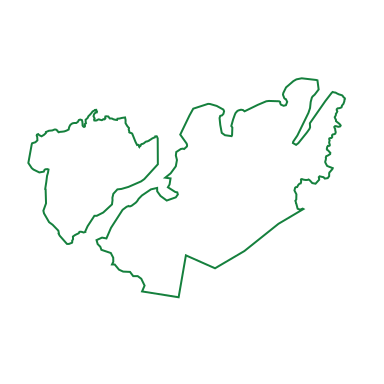 outline of Petersburg, Alaska, United States of America, rotated 85°
{"feature_id": "52423323B76828844452953", "entity_name": "Petersburg", "entity_type": "district", "adm_level": 2, "iso_a3": "USA", "parent_name": "United States of America", "parent_adm1": "Alaska", "projection": "mercator", "projection_center": [-133.171, 57.135], "detail": "fine", "context": "isolated", "style": "outline", "palette": "green", "viewbox_px": 384, "rotation_deg": 85, "n_neighbors": 0, "source": "geoboundaries", "source_scale": "gbopen_adm2", "svg_char_len": 5589}
<svg xmlns="http://www.w3.org/2000/svg" viewBox="0 0 384 384"><g transform="rotate(85 192 192)"><path d="M286.7,250.4L295.7,214.5L254.6,203.6L270.0,175.7L255.4,145.0L231.2,108.6L218.7,82.5L218.2,83.2L219.0,85.8L217.9,88.2L216.5,88.5L215.5,88.6L214.2,88.9L213.1,89.0L212.4,89.4L211.2,89.4L209.8,89.8L208.6,88.8L203.4,88.2L199.4,89.8L196.8,88.9L196.3,88.3L196.2,86.8L194.2,85.5L193.1,84.2L192.9,83.0L191.8,82.5L190.2,82.3L189.2,82.4L188.7,82.0L188.8,81.2L189.5,79.6L190.0,77.4L190.0,75.7L189.7,74.8L190.7,73.6L193.6,71.4L194.5,68.2L190.8,64.2L189.0,64.3L188.3,64.4L187.5,63.5L187.9,62.3L188.7,59.7L190.2,58.5L190.0,55.6L188.2,54.0L185.3,53.7L184.5,53.4L183.9,52.7L183.3,52.0L182.7,51.6L182.0,50.7L181.2,50.0L180.5,49.7L180.0,50.7L179.5,51.7L178.8,53.2L177.8,55.1L176.0,55.9L174.8,56.4L173.8,56.7L172.9,56.5L172.4,56.2L171.4,55.9L170.1,55.6L169.3,55.7L168.0,55.1L167.6,53.7L166.8,52.1L166.3,51.1L165.0,50.8L163.9,51.7L162.3,52.9L161.9,53.6L160.9,54.0L160.3,53.7L159.1,53.5L157.9,52.6L158.0,51.7L157.9,51.0L157.3,50.6L156.4,50.7L154.9,51.1L153.7,50.8L152.5,50.4L151.8,50.7L150.7,50.6L150.3,49.7L150.3,48.7L150.3,48.3L149.4,47.5L148.3,47.6L147.6,47.5L146.9,46.6L146.9,45.6L146.4,44.2L144.9,43.6L143.0,43.9L141.6,43.9L140.3,44.5L139.6,44.6L138.9,43.8L138.9,43.0L139.8,40.6L139.7,39.4L139.5,38.6L138.7,38.1L137.9,38.5L136.9,39.3L136.0,40.2L135.1,41.2L133.9,42.4L132.6,42.3L131.3,42.9L129.9,43.3L129.2,42.8L128.4,42.2L127.5,41.9L126.8,41.9L125.4,40.8L124.3,40.2L123.0,40.7L122.2,40.6L121.4,39.7L121.3,37.6L120.7,35.7L119.6,35.2L119.0,35.1L118.3,34.4L117.3,33.4L116.1,32.9L114.8,32.3L113.2,32.0L112.6,31.5L111.5,31.9L110.9,32.7L109.9,33.2L108.9,33.9L108.2,35.4L107.5,37.2L106.5,38.9L105.5,40.3L105.2,41.7L104.6,43.2L105.6,44.4L113.1,51.3L133.8,68.6L137.8,68.7L139.4,69.5L142.8,72.4L152.6,81.8L154.1,84.2L152.0,87.2L150.7,86.8L144.9,82.1L123.3,69.1L118.7,67.1L112.6,65.9L108.5,64.4L107.4,63.6L105.7,61.3L100.9,56.9L91.7,57.3L91.2,58.6L88.3,72.8L88.9,78.2L90.4,81.4L96.0,89.2L101.3,92.4L103.0,92.9L106.5,91.9L107.2,91.4L107.7,90.4L110.5,89.3L113.7,90.9L114.1,93.2L112.8,95.7L111.7,96.3L109.9,96.4L109.2,97.4L108.0,107.4L108.1,110.1L110.9,118.8L116.2,132.6L114.8,134.1L114.3,136.0L114.8,138.7L115.3,139.8L117.1,141.7L118.5,142.5L123.5,144.8L129.7,147.1L131.3,146.2L138.7,147.1L139.8,147.7L138.3,154.2L135.7,157.2L127.6,158.0L120.7,158.1L118.6,157.2L118.3,155.4L116.9,153.9L114.3,153.0L112.6,153.6L108.4,159.9L105.9,166.4L105.6,168.3L109.1,183.5L115.5,187.8L133.8,198.7L143.3,193.1L144.9,192.8L146.2,193.1L148.5,196.1L148.0,197.3L148.2,199.4L150.8,204.2L154.2,204.9L158.8,204.2L165.0,205.9L171.5,211.6L175.4,217.4L176.6,212.2L182.6,213.7L185.2,215.6L190.5,208.7L191.1,206.7L193.2,206.3L195.9,208.6L198.3,217.9L193.2,223.7L188.3,226.6L184.9,226.4L185.8,232.7L191.1,242.2L194.1,245.7L196.3,247.4L197.7,248.9L200.4,253.3L200.9,254.8L200.8,256.0L200.4,256.3L201.0,258.4L203.7,262.7L220.6,275.8L230.8,281.3L229.6,285.6L231.6,291.3L235.7,290.5L238.6,288.1L241.7,287.3L245.7,278.2L250.6,276.2L254.7,276.5L257.2,278.0L257.5,275.3L263.0,271.5L265.3,267.5L266.2,260.7L270.7,257.9L271.1,253.4L274.0,250.1L281.1,247.4L286.7,250.4ZM133.4,222.3L133.4,223.8L133.9,224.0L134.4,224.3L134.6,225.4L134.9,226.2L135.1,226.7L135.5,227.6L135.8,228.1L136.2,228.7L136.4,229.2L136.7,230.0L137.1,230.3L137.3,230.9L137.5,231.6L137.7,232.0L137.7,232.7L137.7,233.2L138.3,234.3L138.7,234.9L139.1,235.4L139.3,235.8L139.6,236.5L139.8,237.2L139.8,237.7L140.0,238.3L140.6,238.8L141.1,239.2L141.4,239.2L141.5,239.3L141.4,239.4L141.2,239.7L141.4,240.1L141.6,240.3L142.1,240.4L142.5,240.6L142.2,240.8L141.7,240.6L141.1,240.8L140.6,241.0L140.3,241.5L140.3,242.1L140.4,242.6L137.2,243.9L128.6,246.5L127.8,247.7L127.7,248.4L127.1,249.3L126.0,249.2L124.3,249.6L122.8,249.2L120.9,250.6L119.1,251.5L117.6,252.2L114.5,251.9L111.9,252.2L112.1,255.4L112.5,257.8L112.5,259.9L113.7,260.4L113.4,261.9L112.8,263.8L111.8,265.4L111.6,267.5L109.5,268.8L109.1,270.9L109.2,271.7L110.5,272.1L111.2,271.9L112.0,272.8L111.7,274.0L112.3,274.7L112.6,275.6L112.1,277.0L111.5,278.6L111.9,279.9L112.4,280.7L112.4,282.3L112.2,283.1L111.1,283.2L110.2,282.6L107.9,283.5L106.3,282.9L105.2,282.2L104.4,280.7L104.4,279.9L103.4,279.6L102.9,280.3L101.8,280.3L101.8,281.6L102.3,282.0L102.6,282.9L103.1,284.0L104.6,285.3L106.2,287.0L107.5,288.6L109.1,289.5L110.8,291.7L113.3,291.8L114.2,291.6L114.7,292.2L115.0,292.9L116.0,293.0L116.7,292.8L117.4,293.0L117.8,293.9L117.2,294.7L116.3,295.2L114.2,295.1L112.3,295.1L110.7,295.5L110.1,297.1L110.5,298.5L112.1,299.5L113.2,301.3L113.0,303.5L113.2,305.2L114.4,307.2L116.1,308.4L117.5,309.0L119.0,309.4L119.9,311.6L120.5,313.9L120.6,315.9L120.6,318.4L120.9,319.5L119.9,320.6L119.1,320.7L117.9,322.2L117.8,323.6L118.5,325.8L118.5,329.2L119.1,330.9L119.5,332.3L120.5,332.4L122.1,334.4L123.4,337.0L122.1,339.2L120.9,340.2L121.4,341.5L122.2,341.8L123.7,341.4L127.0,341.5L127.5,342.0L128.8,343.7L129.5,347.0L130.5,347.5L148.8,352.5L154.2,349.6L155.8,348.0L159.2,342.4L158.8,337.9L157.0,336.9L156.6,336.0L156.6,334.0L157.1,333.0L160.3,333.8L163.3,335.0L169.4,336.3L176.3,338.0L176.6,337.6L190.6,338.4L197.7,341.7L200.4,341.3L209.6,337.0L212.5,333.7L218.9,328.5L221.7,328.2L221.9,328.5L224.0,327.6L232.8,321.1L233.0,319.1L232.1,316.0L231.3,315.6L230.3,315.7L228.6,314.6L226.0,314.5L224.6,312.1L223.2,308.4L222.1,307.8L221.8,307.0L222.1,305.3L222.9,303.5L222.5,301.7L221.8,301.7L217.0,299.0L207.2,291.3L207.4,288.9L204.7,282.2L197.4,272.8L193.3,271.9L190.8,271.8L186.9,270.5L182.9,266.1L182.8,262.1L181.4,254.9L177.0,241.8L175.0,238.4L161.4,223.6L135.6,221.5L133.5,222.2L133.4,222.3Z" fill="none" stroke="#15803d" stroke-width="2"/></g></svg>